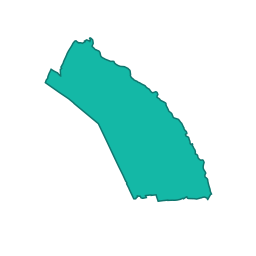 Bilca, Suceava, Romania, rotated 240°
{"feature_id": "2599482B24007867343971", "entity_name": "Bilca", "entity_type": "district", "adm_level": 2, "iso_a3": "ROU", "parent_name": "Romania", "parent_adm1": "Suceava", "projection": "natural_earth1", "projection_center": [25.771, 47.929], "detail": "fine", "context": "isolated", "style": "filled", "palette": "teal", "viewbox_px": 256, "rotation_deg": 240, "n_neighbors": 0, "source": "geoboundaries", "source_scale": "gbopen_adm2", "svg_char_len": 5752}
<svg xmlns="http://www.w3.org/2000/svg" viewBox="0 0 256 256"><g transform="rotate(240 128 128)"><path d="M224.9,140.3L225.0,139.8L225.0,139.7L224.9,139.6L224.7,139.5L224.0,139.7L223.8,139.7L223.5,139.6L223.3,139.5L223.0,139.2L222.8,139.1L222.5,138.9L222.4,138.7L222.2,138.4L222.7,138.4L222.9,138.4L223.0,138.2L223.2,137.9L223.3,137.7L223.3,137.4L224.0,137.1L224.4,136.8L224.6,136.5L225.0,136.2L225.0,133.9L224.2,134.0L224.2,132.2L224.2,131.3L224.1,130.9L225.0,130.1L225.5,129.7L225.6,129.2L226.5,128.1L226.3,127.9L226.5,127.7L227.0,127.4L227.3,127.4L228.4,126.9L228.7,126.8L229.3,126.7L229.7,126.1L229.8,125.4L229.8,125.0L229.5,124.4L229.3,124.0L229.2,123.8L229.1,123.3L229.0,123.1L228.9,123.0L228.7,122.5L227.5,120.7L226.0,117.9L225.3,116.5L224.6,115.3L224.5,115.0L222.7,112.2L222.2,111.7L221.7,111.0L220.3,109.1L219.7,108.2L217.7,105.4L217.4,105.1L217.2,105.0L216.9,104.6L216.6,104.3L216.5,104.1L216.2,103.8L216.1,103.6L216.0,103.3L214.5,100.9L214.3,100.4L213.9,100.3L212.8,100.3L212.6,99.4L212.6,98.7L210.6,97.6L206.8,95.7L207.0,95.5L207.5,95.3L210.7,94.5L210.9,94.6L211.2,94.4L212.8,93.3L215.1,91.9L216.5,91.2L217.1,90.9L217.3,90.8L216.8,90.1L216.6,89.7L216.1,89.2L214.8,87.1L213.0,84.9L212.6,84.4L211.8,83.8L211.2,83.2L211.0,82.8L210.4,81.2L209.1,79.7L208.6,79.1L193.1,86.3L183.1,91.2L176.7,93.6L176.4,93.5L146.6,104.5L126.0,102.9L109.6,101.5L99.6,100.7L89.9,100.1L83.6,99.5L83.4,99.4L82.4,99.6L81.1,99.6L80.7,99.4L80.4,98.9L78.2,98.8L76.9,98.7L75.8,98.7L74.6,98.5L73.8,98.4L72.5,98.3L71.2,98.2L70.2,98.1L63.8,97.6L63.3,98.3L63.0,99.0L62.9,99.2L62.9,99.5L63.4,100.2L63.4,100.7L63.5,101.2L63.7,101.7L64.1,102.0L64.5,102.1L64.4,102.4L63.9,102.8L63.4,103.5L63.1,103.9L63.0,104.2L62.8,104.4L62.4,104.4L61.8,104.4L61.0,104.4L60.6,104.8L60.1,105.2L59.9,105.4L59.6,106.1L59.5,106.3L59.0,107.8L58.6,109.1L60.7,109.4L58.6,114.4L58.1,114.3L56.1,118.9L54.5,118.5L49.5,117.5L47.3,122.8L47.2,122.9L45.7,126.4L45.4,126.3L43.3,130.3L42.3,131.9L41.7,133.1L41.0,134.7L40.3,136.9L40.1,137.5L39.8,139.6L39.6,140.5L39.3,140.6L38.9,140.7L38.9,141.1L39.0,142.2L39.1,144.0L39.0,144.5L37.6,144.4L37.2,144.6L37.0,144.8L36.7,145.1L33.3,150.6L32.4,151.6L32.2,151.9L32.0,152.5L31.1,156.0L30.8,156.7L30.7,157.8L30.0,159.7L27.8,161.4L26.4,161.2L26.2,161.3L28.8,165.6L29.1,166.2L29.1,167.3L31.4,167.5L32.5,167.8L34.0,168.4L36.8,169.0L38.4,169.4L41.4,170.3L43.7,171.2L44.4,171.2L45.6,170.9L46.2,170.6L46.5,170.4L47.1,170.3L47.5,170.4L48.2,170.7L48.8,171.1L49.1,171.4L49.4,171.7L49.6,172.2L49.8,172.5L50.0,172.7L50.7,172.9L51.8,172.9L54.5,172.8L55.9,173.2L56.5,173.5L57.4,174.1L58.1,174.7L59.3,175.8L59.8,176.4L60.2,176.7L60.8,176.8L61.6,176.9L62.0,176.9L62.4,176.9L62.8,176.8L63.1,176.5L63.4,175.9L63.5,175.6L63.5,175.4L63.5,175.1L63.8,174.8L65.2,174.2L66.2,173.9L67.1,173.8L67.8,173.9L69.0,174.4L69.4,174.5L69.7,174.5L70.3,174.4L70.8,174.2L71.1,174.1L71.6,173.4L71.8,173.4L72.2,173.5L72.5,173.6L73.2,174.1L73.6,174.4L73.9,174.5L74.4,174.7L76.0,175.0L76.6,174.9L77.2,174.8L77.6,174.8L78.1,174.9L78.7,175.0L79.3,175.0L79.8,174.9L80.2,174.9L80.4,174.9L80.6,175.1L81.2,175.5L81.5,175.7L81.8,175.8L82.1,175.8L82.2,175.6L82.3,175.4L82.1,175.0L81.9,174.7L82.1,174.4L82.4,174.2L82.8,174.1L83.4,174.1L83.8,174.2L84.2,174.4L84.9,174.7L85.7,175.0L86.4,175.1L86.9,175.1L87.3,175.2L88.0,175.4L88.6,175.5L88.8,175.6L89.1,175.7L89.5,175.7L89.9,175.6L90.6,175.3L91.3,174.7L91.6,174.4L91.8,174.3L92.2,174.3L93.0,174.4L93.5,174.5L93.8,174.7L93.9,175.0L93.9,175.5L93.7,175.8L93.7,176.1L93.9,176.3L94.2,176.4L94.6,176.5L95.6,176.7L96.0,176.6L96.4,176.6L96.9,176.3L97.3,176.2L98.9,176.1L99.6,176.1L100.1,176.5L100.8,176.5L101.3,176.5L102.6,176.6L104.7,176.8L105.5,176.8L106.2,176.5L109.6,176.1L110.1,176.0L110.5,175.8L112.0,174.5L112.8,173.7L113.6,173.0L114.3,172.6L114.6,172.6L115.0,172.5L115.4,172.6L116.0,172.7L117.3,172.9L118.3,173.0L118.6,173.1L118.9,173.0L119.3,172.9L120.0,172.7L121.7,171.9L122.2,171.8L123.0,171.9L125.9,172.2L127.7,172.2L128.1,172.3L128.6,172.4L128.9,172.4L129.8,172.9L130.1,173.0L130.5,173.1L130.9,173.0L132.3,172.3L135.3,170.3L135.6,170.1L136.4,169.9L137.2,169.8L137.6,169.7L138.3,169.4L139.0,169.0L140.1,168.5L140.4,168.7L141.3,169.3L141.7,170.0L141.8,170.3L141.9,170.5L142.1,170.6L142.5,170.7L143.2,170.8L143.7,170.9L144.2,170.9L144.6,170.8L145.0,170.6L145.2,170.4L145.5,170.2L145.6,169.8L145.8,168.6L146.0,167.8L146.1,167.2L146.3,166.9L146.7,166.6L147.5,166.2L148.1,166.1L148.7,166.0L149.4,165.9L150.1,165.9L150.7,165.8L151.2,165.7L151.8,165.3L152.7,164.8L153.9,164.3L154.5,164.1L155.0,164.1L155.5,164.0L156.1,163.9L156.4,163.7L156.8,163.5L158.2,162.5L159.0,162.0L159.6,161.6L160.6,161.1L161.6,160.5L162.8,159.5L164.0,159.1L164.3,158.8L164.7,158.6L165.3,158.0L165.6,157.9L166.7,157.2L167.5,157.1L167.8,157.0L168.6,156.6L170.1,156.2L170.9,156.1L171.6,156.2L172.2,156.3L172.7,156.5L173.2,157.1L173.5,157.2L174.0,157.3L174.6,157.6L175.5,158.0L176.1,158.2L176.7,158.4L177.1,158.4L177.5,158.3L178.8,157.9L179.3,157.8L179.7,157.7L180.3,157.3L182.7,155.7L183.1,155.3L183.7,154.4L185.0,152.5L185.6,151.8L185.8,151.6L186.3,151.3L187.0,150.7L187.5,150.3L187.9,150.1L188.1,150.1L188.8,149.6L190.1,149.1L190.7,148.9L191.2,148.9L192.2,149.0L192.7,149.0L192.9,148.8L193.1,148.6L193.3,148.3L193.6,147.8L193.9,147.3L194.1,146.7L194.2,146.4L194.9,145.9L196.4,144.7L199.2,142.5L199.4,142.4L199.7,142.3L200.0,142.1L200.9,141.5L201.8,141.0L202.6,140.6L203.0,140.5L203.5,140.4L203.9,140.4L205.0,140.7L206.0,141.0L207.2,141.4L207.8,141.4L208.6,141.4L209.0,141.3L209.3,141.2L211.1,139.8L211.4,139.7L211.9,139.2L212.3,138.9L212.7,138.7L213.9,138.5L214.9,138.2L215.8,137.9L216.5,137.7L216.8,137.9L217.1,138.1L217.8,139.0L218.4,139.9L218.6,140.1L219.2,140.4L221.5,141.3L221.9,141.4L222.2,141.4L223.9,140.9L224.6,140.6L224.9,140.3Z" fill="#14b8a6" stroke="#0f766e" stroke-width="1.5"/></g></svg>